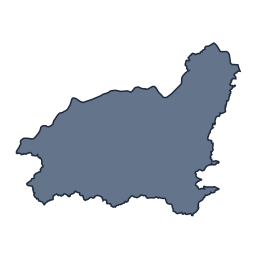 the district of Hinthada, Ayeyarwady, Myanmar, rotated 271°
{"feature_id": "60261553B48695999525720", "entity_name": "Hinthada", "entity_type": "district", "adm_level": 2, "iso_a3": "MMR", "parent_name": "Myanmar", "parent_adm1": "Ayeyarwady", "projection": "orthographic", "projection_center": [95.142, 17.923], "detail": "fine", "context": "isolated", "style": "filled", "palette": "slate", "viewbox_px": 256, "rotation_deg": 271, "n_neighbors": 0, "source": "geoboundaries", "source_scale": "gbopen_adm2", "svg_char_len": 5731}
<svg xmlns="http://www.w3.org/2000/svg" viewBox="0 0 256 256"><g transform="rotate(271 128 128)"><path d="M128.9,45.7L128.7,42.8L128.0,41.7L126.9,40.7L125.2,40.5L123.4,39.8L120.7,38.2L116.4,34.7L115.5,33.2L115.4,32.0L116.0,27.3L115.9,24.0L114.2,21.5L112.9,20.7L110.8,21.0L109.6,20.8L108.1,19.9L106.6,19.5L106.0,18.9L102.6,16.9L100.9,16.9L100.5,17.8L101.0,18.4L100.4,21.5L99.5,21.8L99.9,23.5L100.5,24.2L100.2,24.5L100.5,24.9L100.1,25.8L100.2,26.9L100.9,27.5L101.2,29.4L101.7,30.1L101.7,31.1L100.1,32.5L99.0,32.5L98.5,36.4L98.7,37.1L99.7,38.0L97.8,38.4L96.9,39.5L97.1,40.1L96.8,40.7L96.1,40.5L95.5,41.9L92.8,42.5L90.8,42.4L88.6,43.6L87.7,43.6L87.2,42.4L85.5,41.5L85.2,41.1L84.3,41.3L82.8,41.2L82.4,39.3L81.5,38.4L81.1,36.8L79.9,36.0L79.8,35.4L79.2,35.1L76.0,34.9L75.7,33.0L75.4,32.6L73.6,31.8L72.1,29.4L71.5,29.2L71.3,28.4L70.7,27.9L69.9,27.8L68.8,28.8L68.1,33.4L66.4,33.7L65.4,34.6L65.1,34.0L64.4,34.1L61.9,34.8L61.6,35.8L60.6,35.6L60.1,35.0L58.7,35.3L57.4,36.1L56.5,37.5L55.5,37.9L55.7,39.4L53.7,39.9L52.5,43.7L49.8,45.5L50.0,46.0L51.1,46.3L53.1,48.9L53.6,49.1L53.8,50.7L54.8,51.2L54.5,51.7L55.1,54.1L55.8,54.5L58.3,54.1L58.8,54.4L58.9,55.1L60.0,56.0L60.1,56.9L60.8,57.7L59.3,59.6L59.8,60.1L59.5,61.2L58.9,61.8L58.8,62.5L59.6,63.2L59.4,64.0L61.0,65.0L61.1,65.5L60.2,68.0L59.1,68.7L59.4,69.8L58.6,69.9L58.3,70.4L58.8,71.3L59.9,71.5L60.7,72.1L61.7,74.8L63.9,76.3L63.9,76.9L63.3,77.1L63.4,77.5L62.8,78.4L62.3,80.7L60.5,80.8L59.8,81.6L59.5,82.5L59.8,83.3L59.3,84.3L58.4,84.2L56.6,85.2L55.9,85.1L54.9,86.6L55.8,88.0L55.7,88.8L57.8,91.4L58.0,92.7L57.3,93.9L57.9,95.8L58.6,95.7L59.1,96.1L60.1,98.3L59.6,100.7L58.2,103.4L57.1,103.4L56.2,104.2L54.9,104.3L55.7,105.2L55.5,107.6L55.0,107.9L52.7,107.9L52.0,108.4L52.1,110.4L51.8,110.9L51.8,111.8L50.7,112.6L49.6,112.6L49.6,113.1L48.6,114.6L49.0,116.3L48.8,116.9L50.2,117.6L50.5,119.3L51.3,120.3L51.2,121.3L51.7,123.0L52.4,123.7L53.1,125.8L54.5,126.4L53.9,128.0L55.1,129.4L57.0,129.8L60.2,132.7L60.1,134.1L59.2,135.3L58.5,138.3L60.0,141.1L61.0,141.6L61.2,142.1L60.6,144.8L60.8,145.6L60.5,147.0L59.2,147.4L58.3,148.3L58.2,149.0L58.7,152.2L58.5,155.3L59.6,157.4L58.4,159.7L59.2,160.8L58.7,161.6L58.1,164.4L58.3,166.4L56.7,167.2L55.8,167.2L53.3,168.6L52.6,170.9L52.7,172.0L52.2,172.9L51.3,173.5L49.1,173.8L47.1,174.8L45.8,174.5L44.8,176.7L43.6,177.9L43.2,178.9L43.9,180.8L43.9,182.1L44.5,183.0L44.0,183.8L42.9,183.9L42.9,184.7L43.9,186.6L42.8,187.2L42.6,188.5L43.6,192.0L43.0,192.8L41.7,193.2L41.6,194.3L43.3,194.6L45.4,197.6L48.6,199.9L48.9,199.7L49.9,200.1L50.2,199.4L51.0,199.1L52.0,199.9L53.2,199.5L55.3,200.3L57.2,203.5L58.2,204.0L58.6,204.7L59.7,204.8L60.4,206.0L62.2,206.5L62.0,207.9L63.3,210.8L64.0,211.8L65.2,212.1L64.9,212.4L64.7,213.8L64.9,214.9L65.5,215.9L66.6,216.1L67.3,216.7L67.2,217.4L68.0,218.5L67.9,218.9L68.2,219.7L68.7,219.9L70.8,215.6L70.4,213.1L70.5,208.8L70.1,208.0L70.8,206.4L70.9,205.1L70.8,204.8L70.2,204.7L68.5,205.6L68.9,202.5L68.0,200.4L68.5,199.6L70.1,199.0L70.3,198.4L70.8,198.4L71.9,196.8L73.0,196.5L74.7,197.3L75.2,198.4L76.0,198.8L76.0,199.6L76.8,200.6L77.4,202.4L77.9,202.3L79.1,198.9L80.2,197.2L81.7,196.8L83.2,196.9L84.1,195.8L85.0,196.2L85.8,197.1L86.0,198.4L87.4,199.6L87.7,200.7L86.4,203.0L87.3,205.0L89.8,206.2L91.1,207.3L92.7,210.3L92.4,211.5L94.0,212.0L92.9,213.0L92.6,213.7L92.8,215.4L92.9,216.2L94.5,217.3L94.4,218.9L95.2,219.5L96.0,219.2L96.7,216.6L96.1,213.0L96.6,212.3L98.2,212.2L98.3,211.3L98.8,211.0L99.5,210.9L100.0,211.3L100.5,211.2L100.6,210.9L101.3,210.9L103.0,212.3L103.6,211.6L104.7,211.7L104.9,211.3L105.7,211.3L105.5,212.0L107.1,213.3L108.0,213.5L109.2,212.9L113.5,213.4L114.1,213.2L113.7,212.8L115.1,211.6L116.4,212.0L117.1,211.1L117.3,208.5L118.6,208.0L120.4,207.9L120.8,208.4L123.3,209.0L125.2,210.3L126.0,210.2L127.7,210.7L129.7,213.0L129.9,212.2L131.3,212.3L131.5,212.8L133.3,212.5L133.8,212.8L134.0,213.0L133.0,214.2L133.0,214.8L134.5,215.1L134.5,214.8L136.8,214.8L140.2,215.8L141.2,217.1L141.5,218.2L141.3,218.9L142.3,219.6L144.6,219.8L144.1,221.4L145.7,224.7L146.3,225.2L149.0,224.8L150.5,225.0L150.9,225.5L151.9,224.8L152.3,225.5L153.5,226.0L156.8,226.2L156.7,227.3L158.0,228.2L161.1,228.6L162.2,229.2L162.8,229.1L163.2,228.7L164.2,229.9L166.2,230.1L167.1,229.1L169.6,231.6L170.8,231.8L171.0,233.2L171.9,234.4L172.4,234.5L172.6,233.8L171.8,233.1L171.5,232.1L172.3,231.7L172.2,230.9L172.7,229.3L173.1,229.2L173.9,229.7L174.8,229.7L175.4,230.3L176.9,230.3L177.0,230.9L177.6,230.7L178.8,231.4L178.8,231.9L179.4,232.4L179.0,234.9L180.6,234.9L182.6,233.4L183.5,233.3L185.0,235.0L185.2,235.9L186.3,236.3L186.9,237.4L186.7,239.1L190.0,237.7L193.1,236.8L193.4,230.7L194.5,229.4L203.3,228.0L205.2,226.7L206.1,225.4L206.0,219.0L212.1,215.2L214.4,212.6L214.4,212.2L211.4,207.6L210.9,204.3L209.3,203.4L208.1,203.5L206.8,200.9L205.4,200.6L205.3,199.2L203.7,198.5L203.7,196.6L202.5,193.9L203.3,193.4L203.8,191.6L202.9,190.5L203.0,190.2L202.2,190.1L201.9,189.3L201.1,188.4L199.7,187.7L199.6,187.0L198.4,187.2L197.6,188.2L196.6,188.2L196.1,187.6L196.8,185.7L196.4,185.0L192.7,184.1L191.5,184.3L191.3,185.2L190.4,185.6L188.5,185.9L188.3,185.7L186.5,187.2L186.5,187.7L184.1,184.5L180.4,181.5L178.5,180.9L174.9,180.8L173.1,180.5L172.3,179.9L162.8,170.8L159.4,166.4L159.0,164.3L159.3,162.8L162.5,159.9L163.8,158.3L169.1,154.9L170.0,153.4L169.9,151.7L167.4,147.4L167.0,145.6L167.6,144.7L167.4,143.2L167.9,140.5L169.2,137.8L168.8,135.5L168.2,134.1L164.5,131.2L163.9,130.2L165.1,126.8L164.4,120.1L165.4,115.5L165.3,112.9L164.6,109.6L162.9,107.5L161.2,102.2L159.8,100.3L156.0,91.8L152.8,82.8L153.4,80.2L156.5,75.4L157.1,73.1L156.8,71.9L155.6,71.3L150.1,69.7L145.8,67.3L144.0,65.2L143.3,63.5L142.4,62.5L141.7,59.4L139.9,57.6L133.8,53.6L130.4,52.7L128.8,50.8L127.9,49.0L128.0,47.0L128.9,45.7Z" fill="#64748b" stroke="#1e293b" stroke-width="1.5"/></g></svg>